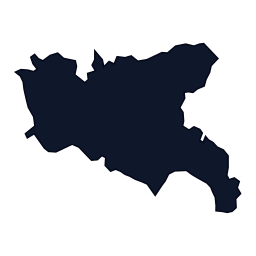 Nova Candelária, Rio Grande do Sul, Brazil (Natural Earth projection)
{"feature_id": "56859067B5829656226463", "entity_name": "Nova Candelária", "entity_type": "district", "adm_level": 2, "iso_a3": "BRA", "parent_name": "Brazil", "parent_adm1": "Rio Grande do Sul", "projection": "natural_earth1", "projection_center": [-54.119, -27.603], "detail": "fine", "context": "isolated", "style": "filled", "palette": "ink", "viewbox_px": 256, "rotation_deg": 0, "n_neighbors": 0, "source": "geoboundaries", "source_scale": "gbopen_adm2", "svg_char_len": 1534}
<svg xmlns="http://www.w3.org/2000/svg" viewBox="0 0 256 256"><path d="M236.1,207.7L235.7,198.8L240.6,193.6L237.2,187.7L239.3,181.5L234.3,177.9L229.1,179.7L226.8,175.1L228.1,167.6L228.1,155.8L223.3,149.9L217.2,147.1L213.0,142.5L208.5,139.9L205.5,136.3L203.2,142.4L199.6,140.2L202.3,133.0L199.8,129.4L193.9,126.8L189.0,130.1L182.6,126.0L183.6,121.1L183.0,112.4L179.8,107.6L184.7,98.3L184.1,92.4L188.2,91.7L193.0,92.4L197.4,88.8L204.2,86.0L206.0,79.4L209.6,72.4L211.1,65.7L217.9,58.5L203.7,43.6L199.6,44.1L193.9,46.1L185.8,44.1L175.6,46.1L167.5,53.0L162.0,52.6L146.9,59.7L137.8,61.2L131.2,55.9L125.1,57.7L117.1,56.7L114.2,63.9L109.1,61.5L103.8,66.8L102.3,59.7L97.8,54.4L94.8,50.8L94.8,59.7L92.1,65.2L95.5,70.9L91.6,72.2L87.6,73.4L88.3,79.6L84.8,82.7L74.8,74.7L76.5,66.3L75.3,60.8L63.6,58.4L57.7,53.1L50.2,55.4L42.9,60.8L38.3,58.7L34.6,54.4L30.8,57.2L33.0,63.7L37.2,69.1L33.7,71.6L27.7,70.1L20.9,69.6L15.4,72.1L20.4,76.0L23.2,81.9L24.1,89.3L25.4,95.2L26.5,100.1L28.4,107.5L33.7,116.8L34.9,126.0L25.4,133.7L27.3,137.9L34.2,133.7L44.4,148.1L48.5,151.4L55.9,151.9L72.1,144.2L78.9,147.1L91.5,160.2L97.4,159.7L101.9,155.6L105.7,157.6L105.2,165.5L110.6,171.2L115.6,169.2L120.5,171.2L125.0,174.3L129.7,176.1L135.3,179.2L142.0,181.7L147.3,184.1L151.4,190.0L155.2,195.4L162.0,185.1L165.1,181.0L168.6,174.0L174.7,170.9L186.4,170.4L192.0,174.5L196.8,177.4L201.5,180.0L206.9,183.0L210.8,187.1L212.6,191.7L215.3,197.3L216.1,205.7L216.0,210.8L222.3,211.4L227.2,212.4L232.1,211.3L236.1,207.7Z" fill="#0f172a" stroke="#020617" stroke-width="1.5"/></svg>